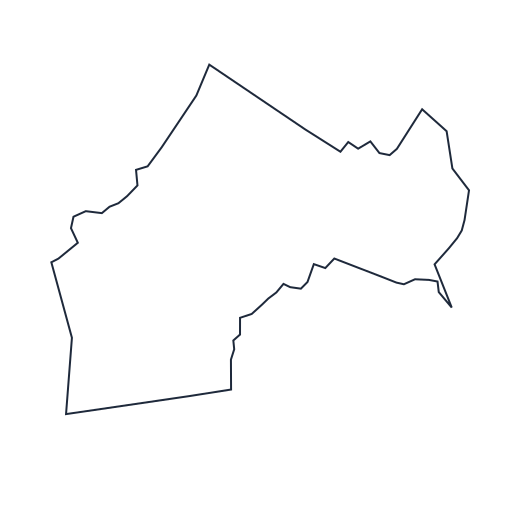 the district of Riacho de Santana, Rio Grande do Norte, Brazil, rotated 8°
{"feature_id": "56859067B80998934424853", "entity_name": "Riacho de Santana", "entity_type": "district", "adm_level": 2, "iso_a3": "BRA", "parent_name": "Brazil", "parent_adm1": "Rio Grande do Norte", "projection": "robinson", "projection_center": [-38.322, -6.281], "detail": "fine", "context": "isolated", "style": "outline", "palette": "slate", "viewbox_px": 512, "rotation_deg": 8, "n_neighbors": 0, "source": "geoboundaries", "source_scale": "gbopen_adm2", "svg_char_len": 920}
<svg xmlns="http://www.w3.org/2000/svg" viewBox="0 0 512 512"><g transform="rotate(8 256 256)"><path d="M183.1,73.0L174.6,105.4L147.4,161.6L136.2,182.3L125.2,187.4L128.8,202.6L120.0,214.7L112.4,222.9L104.1,227.6L97.4,235.0L81.2,235.3L69.8,242.5L68.9,254.2L77.7,267.7L60.7,286.1L54.2,290.7L85.1,362.6L89.9,439.0L194.8,408.3L209.5,404.0L219.0,401.1L249.9,391.7L245.6,362.1L247.4,351.4L245.3,342.8L251.1,336.0L248.8,319.4L259.8,314.0L268.9,303.1L274.1,296.4L281.2,289.3L287.1,279.8L294.2,282.1L305.0,282.1L310.6,274.6L314.4,256.0L326.3,258.3L333.9,247.6L385.9,259.7L398.8,262.8L406.4,263.4L416.7,256.9L430.6,255.6L439.3,256.0L442.0,266.3L457.0,279.8L434.0,239.4L445.9,221.5L452.7,210.3L456.2,202.1L457.5,191.4L457.8,161.3L438.3,142.0L427.4,105.9L400.1,87.6L380.6,130.3L374.3,137.5L363.9,136.9L353.3,126.6L342.2,135.5L331.5,130.3L325.1,141.0L287.1,123.8L183.1,73.0Z" fill="none" stroke="#1e293b" stroke-width="2"/></g></svg>